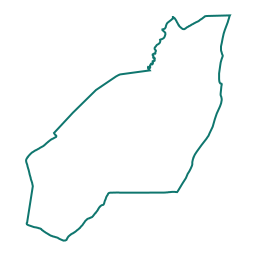 the district of Jangamo, Inhambane, Mozambique
{"feature_id": "85939544B63223307878319", "entity_name": "Jangamo", "entity_type": "district", "adm_level": 2, "iso_a3": "MOZ", "parent_name": "Mozambique", "parent_adm1": "Inhambane", "projection": "equal_earth", "projection_center": [35.229, -24.157], "detail": "fine", "context": "isolated", "style": "outline", "palette": "teal", "viewbox_px": 256, "rotation_deg": 0, "n_neighbors": 0, "source": "geoboundaries", "source_scale": "gbopen_adm2", "svg_char_len": 5635}
<svg xmlns="http://www.w3.org/2000/svg" viewBox="0 0 256 256"><path d="M172.9,17.0L172.9,17.4L172.9,18.1L172.8,18.7L171.9,19.2L171.6,19.6L167.5,22.8L166.9,23.6L166.5,24.4L165.9,26.1L165.8,27.0L165.4,27.8L164.8,28.6L164.0,29.0L162.4,29.4L162.4,29.8L162.5,30.2L162.8,30.3L163.0,30.6L163.3,30.8L163.6,31.2L163.8,31.3L164.2,31.7L164.5,31.9L165.3,32.9L165.4,34.4L164.9,35.9L164.6,36.8L163.7,38.1L162.4,38.9L161.6,39.2L160.2,39.6L160.0,39.8L160.3,40.6L160.3,41.2L159.9,42.6L159.2,43.4L158.4,44.1L157.4,44.6L156.7,45.1L156.2,45.8L155.8,46.5L155.4,46.8L154.7,47.8L154.6,48.8L154.9,49.5L155.5,50.0L155.9,50.7L155.8,51.4L155.5,51.9L155.3,52.6L155.4,53.3L155.2,53.7L154.6,53.8L154.1,53.6L153.6,53.8L152.7,54.4L152.6,55.0L153.0,55.5L153.4,55.9L153.5,56.4L153.2,56.7L153.2,57.5L153.4,57.9L154.5,58.0L154.8,58.4L154.7,58.8L154.4,58.9L154.3,59.2L154.4,59.8L154.7,60.1L154.6,60.7L154.3,60.9L153.9,61.0L153.6,61.3L153.4,61.5L152.9,61.1L152.6,61.3L152.9,62.5L152.9,63.1L152.9,63.4L152.6,64.0L152.4,64.3L152.0,64.3L151.9,64.1L151.9,63.8L151.8,63.6L151.5,63.5L151.1,63.7L150.8,64.1L150.8,64.6L150.6,64.9L150.1,65.2L149.9,65.7L149.9,65.8L150.2,66.8L150.2,67.5L150.1,67.8L149.6,68.1L149.1,67.8L148.5,67.0L148.1,66.9L148.0,67.1L148.0,67.4L148.0,67.9L148.2,68.6L148.6,68.8L148.9,69.6L149.6,70.1L149.8,70.4L133.5,72.6L120.3,74.4L119.3,74.7L119.1,74.9L118.5,75.1L116.1,76.4L96.0,90.0L72.9,112.7L54.0,133.0L54.9,134.5L55.4,135.0L56.1,135.5L56.3,135.9L56.3,136.3L56.1,136.9L55.5,137.2L55.2,137.4L54.0,138.0L53.5,138.4L52.0,139.0L51.7,139.3L51.1,139.5L50.4,140.1L50.1,140.3L49.5,140.7L49.3,140.9L49.0,141.2L48.4,141.6L48.2,141.9L47.9,142.0L47.3,142.6L46.9,142.9L46.6,143.1L46.3,143.5L46.0,143.7L45.7,144.0L45.1,144.5L44.9,144.8L43.8,145.6L43.6,145.9L39.9,147.9L39.1,148.5L37.9,149.1L37.3,149.5L36.2,150.0L35.8,150.3L35.6,150.3L35.0,150.6L33.1,151.9L32.3,152.3L31.7,152.8L31.4,153.1L30.4,153.9L30.3,154.2L29.9,154.6L29.2,155.2L28.8,155.8L28.5,156.0L28.1,156.6L27.9,156.8L27.8,157.2L27.4,157.4L27.3,157.8L27.1,158.1L26.8,158.4L26.3,159.5L26.1,160.2L26.1,161.0L26.2,161.3L26.2,161.7L26.5,162.8L27.1,164.4L27.4,165.5L27.4,165.8L27.8,167.3L28.7,170.2L29.2,172.3L29.3,172.9L29.5,173.5L29.5,173.8L29.7,174.6L30.7,178.0L30.7,178.4L30.8,178.8L31.1,179.9L31.4,180.6L32.2,183.1L32.3,183.9L32.7,185.6L32.8,186.3L27.1,222.6L26.8,222.9L26.7,223.5L26.9,224.3L28.2,225.1L33.7,227.0L34.3,227.2L34.7,227.2L35.3,227.3L35.6,227.4L36.1,227.4L36.7,227.6L37.0,227.7L37.3,227.7L37.8,227.9L38.1,227.9L38.6,228.2L39.0,228.2L39.3,228.3L39.8,228.4L40.3,228.7L40.6,228.7L40.9,229.0L41.3,229.1L41.9,230.0L42.2,230.1L43.2,230.8L43.5,231.2L44.3,231.6L45.8,232.7L46.6,233.1L47.0,233.4L47.8,233.8L48.1,234.1L48.7,234.3L48.9,234.6L49.5,234.9L49.8,235.1L50.9,235.7L51.2,235.8L51.5,235.8L52.3,236.2L52.6,236.2L53.1,236.5L53.4,236.5L54.0,236.7L54.3,236.7L55.3,237.1L55.6,237.1L56.1,237.3L56.3,237.3L57.8,237.8L58.2,238.1L58.5,238.4L59.1,238.6L59.5,238.9L63.4,240.6L63.7,240.5L65.2,240.5L66.1,240.1L66.5,239.9L66.7,239.5L66.8,239.1L67.0,238.9L67.5,237.8L67.7,237.7L67.8,237.3L68.3,236.8L68.4,236.5L68.8,236.2L69.3,235.7L69.6,235.5L70.0,235.1L70.3,235.0L70.6,234.7L70.9,234.5L71.1,234.2L72.0,233.8L72.3,233.5L73.0,233.3L73.3,233.0L73.6,232.9L73.9,232.6L74.2,232.5L74.5,232.2L74.8,232.1L75.7,231.4L76.0,231.2L77.2,230.1L77.7,229.8L77.9,229.6L78.2,229.4L78.7,229.0L79.0,228.7L79.7,228.0L80.0,227.9L80.4,227.3L80.8,226.7L81.0,226.6L81.2,226.3L82.3,225.3L83.3,223.8L83.5,223.5L84.5,222.2L84.7,221.8L85.1,221.2L85.6,220.6L86.5,219.9L86.8,219.5L87.5,218.9L88.7,218.4L89.0,218.4L89.3,218.3L89.7,218.0L90.2,217.9L90.5,217.6L90.8,217.6L92.0,217.1L92.8,216.3L93.2,215.9L93.4,215.5L93.7,215.2L94.9,213.6L95.2,213.4L95.4,213.0L95.7,212.9L95.8,212.6L97.1,211.0L97.3,210.6L97.6,210.4L98.1,209.2L98.4,209.0L98.5,208.7L98.7,208.4L98.8,208.1L99.4,207.3L99.7,207.1L99.8,206.7L101.5,205.3L102.2,205.1L103.3,204.8L103.6,204.5L103.8,204.1L104.1,203.5L104.6,201.6L104.9,200.7L105.0,200.3L105.5,199.6L105.7,198.8L106.4,196.8L107.3,195.3L107.6,195.0L107.9,194.3L108.2,193.6L109.1,192.9L109.7,192.8L110.0,192.7L118.6,192.5L120.0,192.7L163.8,192.6L165.7,192.5L166.6,192.4L167.4,192.4L168.0,192.3L168.3,192.2L168.9,192.2L169.2,192.1L170.3,192.1L170.6,192.0L171.3,192.0L171.7,191.9L173.6,191.9L175.0,191.9L175.3,192.0L177.1,192.1L177.8,191.2L182.5,183.4L185.9,178.1L186.7,176.2L187.7,173.8L189.2,171.5L190.7,168.6L192.0,165.6L192.3,164.3L192.3,162.1L192.9,159.3L193.6,157.5L193.5,157.4L194.9,154.5L196.8,151.6L201.5,145.1L206.4,138.8L208.0,136.4L208.5,135.8L209.5,133.4L212.7,126.7L214.8,119.3L216.8,113.4L217.0,113.0L220.0,106.4L221.1,103.3L221.7,100.1L221.7,99.0L221.3,96.9L220.7,95.4L220.6,94.4L220.7,92.9L221.0,90.1L221.4,86.1L221.7,84.8L221.7,84.1L221.5,83.7L220.7,83.6L220.3,83.4L219.6,82.3L219.3,81.2L219.1,79.1L219.1,76.4L219.1,73.4L220.3,64.9L220.7,62.4L221.6,59.2L222.6,56.5L222.7,56.0L222.7,55.4L222.1,54.1L221.5,51.9L221.2,51.1L221.0,50.1L221.0,48.6L221.0,46.4L221.8,42.8L222.6,38.5L223.7,33.5L224.9,29.8L227.8,22.1L228.2,20.6L229.1,17.8L229.4,16.5L229.7,15.8L229.9,15.4L206.8,16.0L205.4,16.2L204.8,16.4L204.6,16.7L204.3,16.8L204.1,17.1L202.9,17.9L202.7,18.2L202.2,18.5L201.9,18.8L201.3,19.0L201.1,19.3L200.0,19.9L199.3,20.6L198.8,20.9L198.4,21.2L197.8,21.5L195.8,22.4L194.4,23.2L193.7,23.5L193.4,23.8L191.5,24.7L191.2,25.0L190.9,25.1L190.6,25.4L189.0,26.2L188.8,26.2L188.6,26.5L188.2,26.7L186.8,27.4L185.6,28.4L185.3,28.5L185.0,28.8L184.4,29.1L183.2,29.1L182.7,29.0L181.7,28.3L179.5,26.4L179.3,26.1L179.1,25.5L178.7,25.4L178.4,24.6L178.2,24.4L177.5,23.0L177.0,22.3L176.4,20.9L176.1,20.6L175.8,19.9L175.1,18.9L174.7,18.3L174.1,17.8L173.8,17.7L173.1,17.0L172.9,17.0Z" fill="none" stroke="#0f766e" stroke-width="2"/></svg>